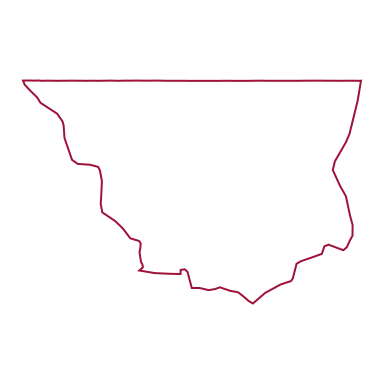 Nara, Koulikoro, Mali (Equal Earth projection)
{"feature_id": "8926073B7074311745372", "entity_name": "Nara", "entity_type": "district", "adm_level": 2, "iso_a3": "MLI", "parent_name": "Mali", "parent_adm1": "Koulikoro", "projection": "equal_earth", "projection_center": [-7.752, 14.805], "detail": "fine", "context": "isolated", "style": "outline", "palette": "rose", "viewbox_px": 384, "rotation_deg": 0, "n_neighbors": 0, "source": "geoboundaries", "source_scale": "gbopen_adm2", "svg_char_len": 1524}
<svg xmlns="http://www.w3.org/2000/svg" viewBox="0 0 384 384"><path d="M139.3,270.5L154.8,273.1L170.1,273.8L180.5,274.0L180.7,269.9L184.8,269.3L187.5,271.9L191.8,288.0L199.6,288.0L208.6,290.1L215.0,289.1L219.8,287.3L230.5,290.9L238.1,292.3L242.9,296.0L248.4,300.8L252.9,303.5L265.0,293.0L280.6,284.5L291.1,281.0L292.8,278.4L296.6,263.7L301.0,261.2L321.8,253.9L324.4,246.3L328.6,244.7L343.3,250.2L346.9,247.1L349.5,241.2L352.5,235.7L352.6,225.0L350.0,215.5L345.9,196.2L340.0,185.8L332.8,170.0L334.9,161.3L345.9,142.3L349.5,133.9L357.7,100.5L360.9,81.2L361.0,80.7L359.0,80.8L351.3,80.7L339.7,80.8L325.5,80.7L316.0,80.7L312.5,80.7L311.7,80.7L308.3,80.7L305.7,80.7L298.9,80.8L298.7,80.8L289.0,80.8L278.3,80.8L265.4,80.8L263.7,80.7L258.4,80.7L251.9,80.8L246.0,80.9L244.3,80.9L227.1,80.8L208.0,80.9L199.0,80.9L198.5,80.9L182.6,80.8L182.2,80.8L167.2,80.8L158.7,80.6L156.7,80.6L146.4,80.7L138.8,80.6L133.8,80.6L133.7,80.6L128.2,80.7L127.7,80.6L117.7,80.8L111.5,80.6L97.2,80.8L94.0,80.7L87.0,80.8L86.7,80.8L77.5,80.7L72.7,80.7L67.5,80.7L58.1,80.8L49.7,80.7L46.1,80.7L41.3,80.8L39.3,80.5L34.3,80.6L27.4,80.5L25.1,80.5L23.0,80.6L23.2,81.1L24.7,84.7L30.5,91.0L31.9,92.3L37.1,97.4L40.6,102.9L57.3,113.8L59.3,116.8L62.6,121.6L63.6,125.4L64.5,138.0L72.0,159.8L77.7,163.9L90.4,164.8L98.1,166.9L99.9,170.3L101.9,180.9L101.3,194.8L100.7,203.9L102.3,212.4L115.5,221.3L122.8,228.4L130.3,238.3L139.1,241.0L140.7,243.4L140.3,248.4L139.5,252.1L141.0,261.9L142.4,264.4L142.9,267.3L139.3,270.5Z" fill="none" stroke="#9f1239" stroke-width="2"/></svg>